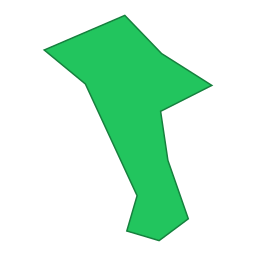 the border of Mariehamn
{"feature_id": "ALD-4817", "entity_name": "Mariehamn", "entity_type": "state/province", "adm_level": 1, "iso_a3": "ALA", "parent_name": "Aland", "parent_adm1": "", "projection": "equal_earth", "projection_center": [19.945, 60.079], "detail": "fine", "context": "isolated", "style": "filled", "palette": "green", "viewbox_px": 256, "rotation_deg": 0, "n_neighbors": 0, "source": "natural_earth", "source_scale": "10m", "svg_char_len": 268}
<svg xmlns="http://www.w3.org/2000/svg" viewBox="0 0 256 256"><path d="M211.8,85.4L160.6,111.3L167.9,160.4L188.3,218.8L159.1,240.6L126.8,231.0L137.1,195.7L85.4,84.0L44.2,50.0L124.8,15.4L161.6,53.6L211.8,85.4Z" fill="#22c55e" stroke="#15803d" stroke-width="1.5"/></svg>